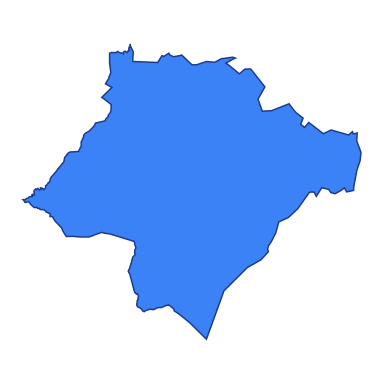 Totontepec Villa de Morelos, Oaxaca, Mexico (Natural Earth projection)
{"feature_id": "50627088B98422616932884", "entity_name": "Totontepec Villa de Morelos", "entity_type": "district", "adm_level": 2, "iso_a3": "MEX", "parent_name": "Mexico", "parent_adm1": "Oaxaca", "projection": "natural_earth1", "projection_center": [-96.062, 17.236], "detail": "fine", "context": "isolated", "style": "filled", "palette": "blue", "viewbox_px": 384, "rotation_deg": 0, "n_neighbors": 0, "source": "geoboundaries", "source_scale": "gbopen_adm2", "svg_char_len": 4497}
<svg xmlns="http://www.w3.org/2000/svg" viewBox="0 0 384 384"><path d="M235.3,58.1L232.6,57.2L221.1,58.8L218.7,60.2L214.6,62.3L206.5,61.5L196.5,64.8L194.9,64.8L191.9,64.8L181.7,55.0L179.6,55.7L173.5,56.7L170.9,55.5L169.8,54.8L168.8,53.2L163.7,56.5L162.6,55.8L162.0,55.6L157.7,62.5L133.0,61.5L132.8,61.2L132.7,60.7L133.3,51.9L131.8,48.8L130.8,46.7L130.2,45.1L130.2,44.8L129.8,45.0L130.0,45.7L130.3,47.0L129.9,46.8L129.6,47.4L129.1,47.2L128.8,48.3L129.0,49.6L128.9,49.8L129.2,50.1L128.4,50.6L128.8,50.9L127.5,51.9L126.7,52.2L126.7,52.4L125.6,51.4L125.3,51.3L124.6,51.3L123.9,51.7L123.4,53.4L123.2,52.9L122.6,53.1L121.6,53.0L120.7,53.2L120.0,52.7L118.9,52.3L118.1,51.9L118.0,51.6L117.5,51.8L117.4,51.6L116.6,52.1L116.1,52.5L115.9,52.8L114.7,52.6L114.2,52.5L113.4,52.7L112.9,52.6L112.5,52.6L111.8,52.5L111.1,52.5L110.5,52.9L109.6,53.2L109.6,63.3L110.8,72.4L110.1,74.4L108.9,77.2L108.8,78.3L106.7,81.7L105.5,83.9L111.9,87.4L101.8,97.3L111.2,104.5L111.0,105.5L111.2,107.1L111.0,108.6L111.0,110.0L111.0,110.5L110.5,112.0L109.4,113.9L108.4,114.7L108.3,115.3L108.4,116.0L107.7,117.0L106.8,117.9L105.5,119.4L105.4,120.7L103.6,121.2L95.4,123.1L95.3,123.9L94.5,125.2L93.7,126.4L92.1,128.1L90.5,129.8L89.2,131.1L86.6,132.5L85.1,133.5L83.7,135.2L83.4,137.6L82.5,138.8L82.2,140.3L81.2,141.8L81.2,146.2L78.3,151.5L70.0,152.0L68.1,153.1L64.6,157.6L63.9,161.6L60.2,166.3L57.8,168.9L56.8,170.7L51.5,176.8L50.9,177.6L50.1,179.4L49.9,181.5L49.3,182.3L48.8,182.3L48.3,182.6L48.4,183.1L47.5,183.9L46.9,185.0L45.7,185.6L45.5,187.9L44.6,189.2L43.5,189.6L43.2,188.6L42.5,188.3L41.6,189.0L40.9,187.7L40.4,187.8L40.5,188.7L40.2,189.5L39.7,189.9L39.2,189.9L37.9,188.5L37.5,188.5L37.4,188.9L36.5,189.6L36.2,189.6L35.7,188.9L34.8,189.8L33.9,191.1L34.0,192.7L34.5,194.2L34.2,194.9L33.6,195.1L32.4,194.3L31.9,194.8L31.9,195.4L32.4,196.3L31.0,196.5L30.3,196.8L29.8,196.8L29.1,196.9L28.4,197.9L26.5,198.6L25.3,199.6L23.5,199.6L23.0,199.7L23.8,200.3L24.3,201.4L25.0,202.4L25.9,202.5L26.9,202.1L28.0,201.7L29.1,202.2L30.0,203.0L30.2,203.8L30.8,204.5L32.5,206.1L34.0,207.4L34.7,207.5L35.2,207.6L36.4,207.4L37.7,208.0L37.8,208.4L38.3,208.4L38.9,208.5L39.3,208.4L40.0,209.3L41.0,209.7L42.5,209.5L44.2,210.0L45.5,210.9L46.3,212.2L48.7,213.0L49.5,213.7L50.1,213.9L50.0,216.5L51.5,216.5L52.7,217.0L53.9,219.1L54.8,220.7L56.3,222.4L60.3,226.6L61.5,227.7L63.0,231.3L66.3,236.5L68.9,236.4L72.2,236.3L76.8,236.7L81.7,237.0L84.5,237.0L87.2,237.0L89.0,237.0L89.8,236.7L90.7,236.4L91.9,235.9L93.1,235.5L93.5,235.3L95.1,234.7L97.6,233.8L99.7,233.1L101.4,232.4L103.5,232.9L105.6,233.4L107.3,233.6L109.7,233.9L113.9,235.2L117.0,236.1L118.8,236.7L120.9,237.3L124.0,238.3L125.9,238.9L129.7,240.0L131.0,240.5L134.2,241.4L134.9,244.6L135.8,247.3L135.6,248.7L134.8,250.1L134.7,252.2L134.8,253.0L135.0,254.7L132.7,257.3L132.5,258.2L131.7,260.8L131.7,261.6L131.1,263.5L130.7,264.1L130.7,264.8L130.5,265.8L130.0,266.5L129.9,267.2L129.7,267.9L129.8,268.4L129.3,269.0L128.7,269.9L128.4,271.0L128.3,271.5L128.7,272.0L128.7,272.4L129.8,274.1L134.7,292.5L136.8,294.3L137.2,294.1L137.4,293.9L138.0,294.9L138.5,296.4L138.1,297.3L138.1,297.9L138.0,298.2L138.1,298.7L137.8,299.3L137.7,300.1L137.3,300.4L137.1,301.0L137.2,302.7L136.9,303.2L136.8,304.4L136.8,305.4L137.7,306.9L140.2,308.0L141.3,309.0L142.7,310.8L143.1,311.3L144.4,311.6L145.8,310.5L148.7,309.6L150.4,309.2L152.5,309.5L152.9,309.5L153.2,309.7L153.4,309.6L153.8,309.6L154.6,309.0L155.7,308.8L156.1,308.3L157.0,308.0L157.5,307.6L158.5,307.7L159.2,307.5L161.2,307.6L162.5,307.1L162.9,306.8L164.0,306.5L164.8,306.0L165.1,305.9L165.3,305.7L166.0,305.6L166.6,305.5L167.0,305.2L167.5,305.0L168.0,305.3L168.6,304.9L170.1,305.9L173.8,309.0L174.2,310.9L178.7,313.8L181.2,315.8L189.7,322.7L206.4,339.2L221.1,298.8L223.9,290.9L247.4,267.5L261.1,259.7L268.3,251.8L267.7,248.7L268.3,246.2L271.4,241.5L275.8,232.8L278.8,221.9L288.4,217.5L297.8,208.7L308.4,193.7L309.4,192.4L311.6,192.0L314.3,192.2L316.3,196.4L321.8,187.7L326.9,189.0L328.6,189.3L330.9,192.6L335.1,193.7L341.4,190.2L344.3,187.9L346.7,191.9L353.3,190.5L353.7,190.2L353.6,187.7L356.9,170.1L360.1,160.7L361.0,152.4L356.7,140.9L357.2,133.0L353.3,133.9L352.4,131.7L348.6,135.0L331.2,130.0L323.8,133.5L323.3,133.7L308.8,122.5L304.5,127.4L300.7,124.2L303.1,118.1L296.2,112.8L293.6,109.9L289.1,103.8L271.5,110.7L262.3,111.2L258.0,99.1L264.9,86.9L252.0,70.6L250.8,69.2L249.8,68.9L247.5,69.1L245.0,69.1L244.4,69.5L240.4,73.0L239.3,73.9L238.1,72.8L228.5,64.9L225.9,63.2L231.5,60.0L234.5,58.4L235.3,58.1Z" fill="#3b82f6" stroke="#1e3a8a" stroke-width="1.5"/></svg>